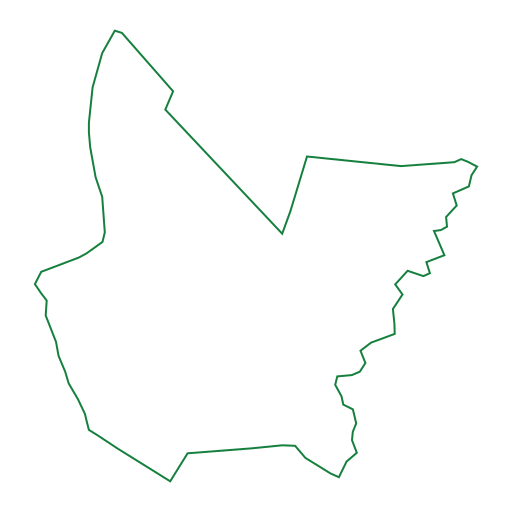 Paranapoema, Paraná, Brazil
{"feature_id": "56859067B29762724922920", "entity_name": "Paranapoema", "entity_type": "district", "adm_level": 2, "iso_a3": "BRA", "parent_name": "Brazil", "parent_adm1": "Paraná", "projection": "natural_earth1", "projection_center": [-52.089, -22.65], "detail": "fine", "context": "isolated", "style": "outline", "palette": "green", "viewbox_px": 512, "rotation_deg": 0, "n_neighbors": 0, "source": "geoboundaries", "source_scale": "gbopen_adm2", "svg_char_len": 1060}
<svg xmlns="http://www.w3.org/2000/svg" viewBox="0 0 512 512"><path d="M41.2,271.8L34.9,284.1L40.8,292.8L46.7,300.6L45.7,315.5L56.0,341.8L58.6,356.0L65.2,371.7L68.7,383.4L78.0,399.3L84.9,413.8L86.8,421.7L88.9,429.9L96.8,434.8L118.0,448.8L170.2,481.3L187.6,453.3L252.1,448.3L282.3,445.3L295.1,445.8L305.4,457.9L330.4,473.4L338.9,477.2L346.6,461.5L356.8,452.8L352.0,440.1L352.8,431.8L356.2,423.4L352.9,409.4L343.3,404.6L341.5,396.3L335.2,384.8L337.3,376.4L351.8,375.1L359.8,371.7L365.4,363.0L360.5,350.7L371.1,342.6L394.7,333.9L394.4,323.5L392.9,309.0L402.5,294.5L395.2,284.4L407.6,270.8L423.4,276.1L429.9,273.2L426.4,262.1L444.4,255.2L434.0,231.0L440.7,230.1L447.0,226.7L446.1,217.0L456.7,205.5L452.9,193.4L468.9,186.4L471.5,175.3L477.1,166.6L467.9,161.8L461.2,159.1L454.3,162.2L400.9,166.1L307.0,156.5L290.4,211.2L282.2,233.7L165.3,109.6L173.1,91.3L121.9,32.9L114.8,30.7L102.2,53.1L92.6,87.4L88.9,122.7L88.9,132.5L90.2,147.3L95.6,177.2L102.2,196.8L104.8,232.4L102.5,241.9L86.5,253.4L78.7,257.6L41.2,271.8Z" fill="none" stroke="#15803d" stroke-width="2"/></svg>